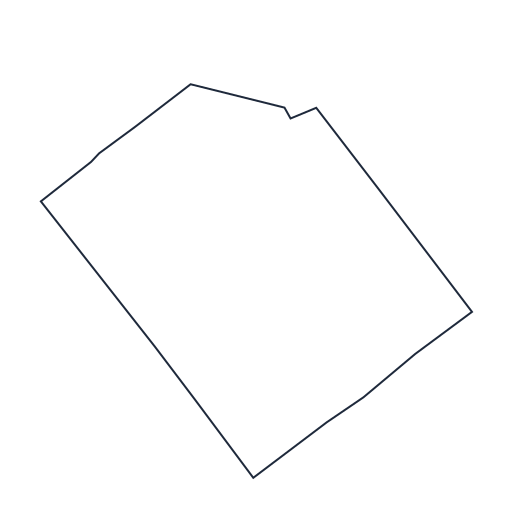 Washington, Missouri, United States of America, rotated 322°
{"feature_id": "52423323B51296070216913", "entity_name": "Washington", "entity_type": "district", "adm_level": 2, "iso_a3": "USA", "parent_name": "United States of America", "parent_adm1": "Missouri", "projection": "natural_earth1", "projection_center": [-90.869, 37.97], "detail": "fine", "context": "isolated", "style": "outline", "palette": "slate", "viewbox_px": 512, "rotation_deg": 322, "n_neighbors": 0, "source": "geoboundaries", "source_scale": "gbopen_adm2", "svg_char_len": 377}
<svg xmlns="http://www.w3.org/2000/svg" viewBox="0 0 512 512"><g transform="rotate(322 256 256)"><path d="M117.3,429.1L209.5,430.6L253.6,433.5L321.3,431.2L391.8,433.0L393.8,282.0L393.9,271.3L394.7,176.3L367.9,168.9L369.8,156.6L310.2,80.4L240.8,79.8L195.7,78.5L184.0,80.3L120.1,80.5L120.5,265.4L119.5,330.8L117.3,429.1Z" fill="none" stroke="#1e293b" stroke-width="2"/></g></svg>